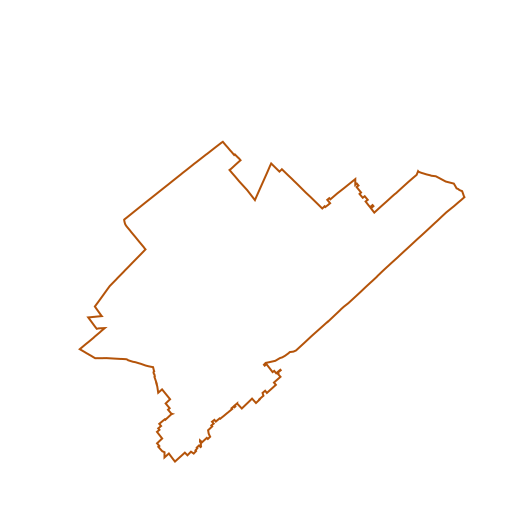 outline of Metepec, México, Mexico, rotated 320°
{"feature_id": "50627088B30760870032876", "entity_name": "Metepec", "entity_type": "district", "adm_level": 2, "iso_a3": "MEX", "parent_name": "Mexico", "parent_adm1": "México", "projection": "mercator", "projection_center": [-99.596, 19.251], "detail": "fine", "context": "isolated", "style": "outline", "palette": "amber", "viewbox_px": 512, "rotation_deg": 320, "n_neighbors": 0, "source": "geoboundaries", "source_scale": "gbopen_adm2", "svg_char_len": 4958}
<svg xmlns="http://www.w3.org/2000/svg" viewBox="0 0 512 512"><g transform="rotate(320 256 256)"><path d="M171.9,367.8L173.0,365.1L176.4,365.1L176.3,367.9L182.4,367.7L188.4,367.5L188.4,364.5L191.3,364.4L197.1,364.3L197.0,360.4L197.6,360.4L197.7,359.4L201.5,359.4L201.5,358.8L196.1,358.8L196.1,355.7L194.1,355.6L194.5,345.6L192.2,345.6L192.2,344.4L194.7,344.1L197.6,345.7L203.4,348.7L208.8,349.6L210.9,350.5L214.1,351.1L218.4,351.4L220.1,351.3L223.2,353.3L225.9,354.1L237.1,353.6L246.4,353.1L249.1,353.0L252.6,352.9L259.6,352.7L262.9,352.6L268.6,352.4L268.6,352.6L271.9,352.4L278.6,352.0L285.2,351.6L287.1,351.4L290.7,351.3L296.5,351.5L305.1,351.1L313.6,350.7L319.8,350.3L325.9,350.0L329.0,349.9L335.1,349.6L335.6,349.5L336.4,349.4L342.4,349.0L346.0,348.8L354.8,348.4L360.6,348.2L363.6,348.1L366.7,347.9L372.9,347.6L376.0,347.5L382.2,347.2L390.0,346.8L396.3,346.6L402.6,346.3L408.8,346.0L414.4,345.7L417.4,345.6L423.6,345.2L429.8,344.9L435.8,345.0L439.6,345.1L445.4,345.0L449.4,345.0L453.5,344.9L453.7,343.8L454.5,341.8L455.6,338.8L455.3,338.2L454.8,337.4L454.1,335.8L454.0,334.8L453.1,333.1L453.3,332.3L454.1,327.7L449.2,320.9L446.4,313.9L445.0,310.5L441.8,307.1L441.5,306.4L439.0,303.0L437.6,300.8L436.2,298.7L434.7,296.0L434.7,295.2L431.2,297.1L427.1,297.1L420.3,297.2L415.1,297.4L407.6,297.7L403.8,297.9L401.6,297.8L397.8,297.9L390.7,298.2L387.0,298.3L383.7,298.4L380.7,298.5L374.5,298.8L374.7,293.4L378.0,293.3L378.0,291.9L374.8,291.9L374.8,289.5L375.0,284.7L377.7,284.8L377.7,280.1L375.2,280.0L375.2,275.0L377.3,274.9L377.4,267.8L379.8,267.9L379.8,265.3L377.8,265.3L381.5,260.9L366.9,260.6L358.5,260.3L349.4,260.4L349.3,258.8L346.7,258.8L346.7,263.2L343.6,263.2L340.5,263.0L340.5,262.0L337.3,262.2L337.2,261.4L336.7,255.9L335.7,245.8L334.9,239.5L334.2,231.6L333.9,228.2L333.5,224.2L333.4,223.6L333.1,220.0L332.5,215.0L331.6,206.2L331.1,206.3L329.9,206.3L328.2,206.4L327.1,194.9L325.8,195.5L324.7,196.0L317.7,199.5L306.4,205.0L302.9,206.7L294.1,211.0L291.1,212.5L291.6,199.9L291.5,197.5L291.1,187.9L291.1,186.1L291.1,183.4L291.1,181.4L291.0,177.0L291.0,175.7L291.0,174.6L291.0,173.1L292.9,173.2L295.2,173.1L299.0,172.9L302.0,172.8L305.7,172.7L305.7,170.7L305.6,169.3L305.5,169.2L305.1,164.6L304.2,164.6L304.2,163.7L304.2,162.7L304.2,160.3L304.1,158.7L304.1,157.4L304.1,154.6L304.0,151.7L304.0,148.8L304.0,147.2L302.4,147.0L299.9,146.9L295.5,146.7L292.6,146.6L286.2,146.4L283.8,146.3L283.1,146.2L271.2,145.8L267.6,145.6L266.2,145.6L262.3,145.5L258.2,145.4L253.1,145.2L250.9,145.2L239.8,144.9L234.4,144.8L232.0,144.7L231.5,144.7L224.6,144.5L220.1,144.4L212.8,144.2L206.1,144.0L196.7,143.8L192.1,143.7L181.8,143.5L179.3,143.4L178.4,143.4L177.9,144.1L177.4,145.0L176.9,146.0L176.3,147.4L176.0,148.9L176.0,149.1L175.9,150.1L175.9,151.1L175.9,153.3L175.9,155.6L175.8,157.2L175.8,158.2L175.8,159.2L175.8,163.4L175.7,170.4L175.7,176.7L175.7,177.0L175.6,178.1L175.6,179.9L168.9,180.6L156.4,181.8L149.7,182.5L146.2,182.8L144.9,183.0L135.4,183.9L134.1,184.1L124.7,185.0L120.6,186.0L115.1,187.4L109.6,188.8L106.0,189.7L104.8,190.0L100.1,191.1L99.9,193.2L99.2,202.2L99.2,202.9L98.2,202.2L94.7,199.8L93.2,198.8L91.8,197.8L91.6,197.7L89.7,196.4L88.0,195.2L87.7,200.3L87.6,201.7L87.3,206.5L87.2,209.4L89.1,210.4L93.8,214.0L93.1,214.0L89.3,214.0L87.4,214.1L86.4,214.1L84.7,214.1L82.9,214.1L82.2,214.1L80.4,214.1L79.2,214.2L78.2,214.2L76.7,214.2L76.3,214.2L74.5,214.2L72.8,214.2L69.2,214.1L68.8,214.1L68.1,214.1L66.4,214.1L64.5,214.1L61.1,214.1L61.2,214.4L63.0,219.4L63.7,221.5L64.6,223.8L64.6,224.0L65.5,226.3L66.4,229.0L67.1,230.9L68.7,232.2L70.9,234.1L74.2,236.8L74.8,237.3L75.6,237.9L81.1,243.1L86.4,248.1L86.6,248.2L88.3,249.8L90.2,251.6L90.9,252.8L91.0,253.6L93.8,258.0L94.5,258.8L95.4,259.9L97.6,263.3L97.9,263.7L98.5,264.6L99.9,267.0L101.0,268.9L102.8,271.4L104.4,273.4L105.7,275.0L104.2,278.0L103.9,278.9L102.8,279.1L102.0,280.6L102.1,281.3L101.8,281.9L101.1,283.2L100.5,283.3L100.0,284.6L98.3,289.0L98.0,289.7L97.8,289.5L96.5,292.5L93.2,297.9L98.3,297.8L98.1,310.5L92.0,310.9L92.0,317.1L89.8,317.2L89.8,322.3L90.3,323.1L89.4,322.8L85.4,323.0L81.3,323.2L81.3,322.5L78.9,322.4L74.0,322.4L74.0,325.2L70.3,325.2L70.3,327.1L67.1,327.1L66.8,335.5L59.8,335.9L59.8,339.4L58.5,339.4L58.7,345.3L59.4,346.7L59.8,347.5L56.4,351.5L62.3,351.3L61.9,358.1L61.8,361.1L61.8,361.4L66.9,361.2L70.0,361.1L75.1,360.9L75.4,364.6L80.4,364.1L81.3,367.3L84.7,366.9L84.7,366.0L87.5,365.5L87.5,364.7L90.6,364.5L90.7,366.7L91.4,366.7L91.7,366.1L93.5,363.9L93.7,362.3L94.6,361.3L94.8,362.7L95.0,364.0L101.4,363.7L101.5,365.2L104.7,365.0L105.1,363.3L105.6,361.6L107.2,358.9L107.3,358.7L112.9,358.4L112.9,357.1L115.8,357.2L115.8,354.7L118.8,354.8L118.8,357.0L120.0,357.0L121.5,357.0L123.8,357.0L124.0,357.7L125.9,357.7L128.3,357.8L131.6,357.8L139.4,357.9L139.4,356.9L142.1,356.9L142.2,358.0L143.4,358.0L143.4,356.8L146.8,356.8L146.7,356.9L147.1,363.7L153.0,363.3L156.3,363.1L161.3,362.7L161.5,368.6L166.5,368.3L166.5,367.9L171.9,367.8Z" fill="none" stroke="#b45309" stroke-width="2"/></g></svg>